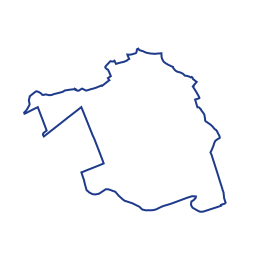 the district of Cernica, Ilfov, Romania, rotated 96°
{"feature_id": "2599482B48526584820869", "entity_name": "Cernica", "entity_type": "district", "adm_level": 2, "iso_a3": "ROU", "parent_name": "Romania", "parent_adm1": "Ilfov", "projection": "orthographic", "projection_center": [26.324, 44.406], "detail": "fine", "context": "isolated", "style": "outline", "palette": "blue", "viewbox_px": 256, "rotation_deg": 96, "n_neighbors": 0, "source": "geoboundaries", "source_scale": "gbopen_adm2", "svg_char_len": 4002}
<svg xmlns="http://www.w3.org/2000/svg" viewBox="0 0 256 256"><g transform="rotate(96 128 128)"><path d="M207.0,106.1L207.6,105.2L208.0,101.7L207.2,95.0L206.4,92.6L206.0,91.5L203.9,88.2L202.9,86.6L201.7,84.3L200.1,80.3L199.0,77.7L196.5,72.6L191.1,61.7L189.1,57.0L189.0,53.3L190.5,53.4L193.0,55.3L194.5,57.3L198.0,57.3L200.5,55.5L203.0,49.9L203.7,47.7L203.6,46.1L203.2,44.2L200.1,37.3L197.1,30.5L195.5,27.2L194.7,27.5L193.8,25.5L193.2,24.0L192.8,23.7L192.1,23.1L190.8,23.7L189.5,24.3L189.2,24.4L187.6,25.1L183.8,25.9L182.9,26.1L182.1,26.3L180.5,27.0L179.8,27.5L178.9,27.7L176.9,28.6L176.5,28.7L175.5,29.2L172.3,30.6L170.9,31.2L161.4,35.3L148.0,41.2L145.5,42.3L144.4,43.0L144.0,43.3L143.5,43.4L142.5,43.0L141.5,42.6L140.2,42.2L139.5,42.0L138.7,41.8L138.1,41.6L136.9,41.2L135.9,41.0L134.4,40.8L133.3,40.4L132.3,40.1L131.7,39.9L130.7,38.8L129.6,37.6L129.0,36.6L128.5,36.0L128.2,35.7L127.3,35.9L126.8,36.1L126.1,36.4L124.4,37.6L121.7,39.3L120.8,40.2L120.0,41.7L119.4,42.4L118.7,43.0L118.2,43.6L117.5,44.2L117.0,45.0L116.0,46.3L114.9,48.3L113.3,51.3L112.6,52.0L112.2,52.1L110.5,52.4L108.4,53.0L107.7,53.2L106.7,53.5L105.8,54.1L104.7,55.1L102.7,57.0L102.1,57.3L101.8,57.5L101.5,57.7L101.1,58.5L100.4,59.1L100.2,59.4L100.0,60.2L100.1,61.1L99.3,61.5L92.7,64.2L91.3,61.0L90.9,60.2L90.6,60.1L90.4,60.2L88.1,61.6L87.4,62.2L85.5,63.5L80.0,67.8L79.6,67.2L79.1,66.9L78.8,67.2L77.5,66.3L75.0,64.5L72.5,68.5L72.1,68.7L71.7,68.8L71.1,69.2L70.7,69.8L70.6,70.0L70.8,70.2L71.1,70.5L71.1,70.9L70.4,72.7L70.3,73.5L70.0,75.0L70.0,76.8L69.9,77.1L68.6,78.6L68.2,79.3L67.9,80.1L67.5,81.0L67.3,82.0L67.2,82.7L67.0,83.8L66.9,84.5L66.7,85.3L66.2,86.3L65.4,87.5L64.6,88.3L63.9,89.0L63.2,89.5L62.9,89.6L62.6,89.6L61.4,93.3L60.6,95.3L60.0,96.6L59.4,97.8L58.9,98.6L58.4,99.4L57.8,99.9L56.5,100.8L55.4,101.4L53.6,102.1L52.5,102.2L51.1,102.5L50.4,102.6L50.2,102.6L50.8,105.9L51.1,107.3L51.5,109.5L51.5,112.0L51.6,113.4L51.4,115.7L51.1,118.2L50.6,119.6L50.1,120.9L49.9,122.2L49.3,124.9L48.0,126.1L48.2,126.4L48.4,126.9L48.7,127.2L49.2,127.4L49.9,127.4L50.7,127.3L52.3,127.7L52.8,128.1L53.4,129.5L54.4,132.0L54.9,133.7L55.0,136.3L56.0,135.9L59.2,134.0L59.9,135.0L60.1,135.4L61.1,136.2L61.7,137.4L62.5,138.7L63.8,142.5L64.6,144.6L65.5,146.6L62.5,148.5L63.2,149.4L63.5,149.9L63.4,152.5L68.8,156.6L69.7,157.0L70.1,156.9L70.5,156.7L71.5,155.4L71.8,155.0L72.1,154.0L72.3,153.9L73.7,153.0L75.0,152.2L75.5,152.0L75.8,151.8L76.6,151.4L77.0,151.1L77.5,150.9L77.9,150.7L78.2,150.5L80.5,153.2L81.1,152.7L81.9,152.1L82.1,152.0L82.3,151.9L82.5,151.6L83.3,152.5L86.2,155.5L87.6,156.9L88.8,158.2L88.4,158.6L88.9,159.5L89.4,160.5L90.2,162.0L91.2,163.8L91.5,164.6L92.0,165.6L92.3,166.3L92.7,167.4L93.4,169.3L94.5,171.8L95.2,173.5L94.5,175.4L93.6,177.8L94.1,178.5L94.9,179.5L96.0,180.9L96.2,181.7L96.0,182.8L95.7,183.9L95.1,183.7L94.5,185.1L95.0,185.3L95.9,189.5L96.7,192.5L97.3,194.8L98.4,196.1L99.0,197.0L100.7,201.5L101.9,204.9L102.5,206.2L103.1,207.3L103.6,209.7L103.4,211.5L103.2,213.4L103.8,215.0L104.0,216.7L103.2,217.5L102.5,218.5L101.7,220.1L101.2,221.8L101.1,222.6L101.1,223.2L102.0,224.2L103.7,226.0L104.5,226.8L105.9,228.2L106.5,228.7L106.7,229.0L107.7,229.1L110.9,229.5L114.4,228.4L115.2,228.4L116.1,228.7L119.4,230.1L120.7,230.8L122.4,231.9L123.1,232.6L123.5,232.9L123.8,232.8L124.6,232.4L123.5,230.5L122.5,229.0L119.5,224.4L116.7,219.9L131.3,212.5L138.5,208.9L138.9,208.6L139.0,208.6L141.5,211.2L142.2,211.7L142.8,211.9L143.1,211.9L143.8,211.8L145.2,210.8L129.9,195.0L123.9,188.9L116.0,180.6L112.1,176.6L112.9,176.2L114.3,175.4L116.6,174.2L126.6,168.9L133.1,165.5L137.4,163.2L138.6,162.6L142.1,160.5L151.8,155.5L162.8,149.9L165.8,148.5L167.5,151.6L170.8,157.8L173.7,163.4L176.2,168.1L177.0,169.7L180.6,168.1L184.0,166.5L186.6,165.6L188.6,164.9L194.1,162.7L195.4,160.8L196.1,159.9L197.5,156.4L197.5,153.5L196.4,150.0L191.2,143.6L191.1,142.4L191.1,140.6L192.1,136.7L192.5,135.0L192.8,133.9L196.4,130.1L199.5,125.8L200.7,123.8L201.3,120.9L202.4,115.8L205.1,108.5L206.9,106.2L207.0,106.1Z" fill="none" stroke="#1e3a8a" stroke-width="2"/></g></svg>